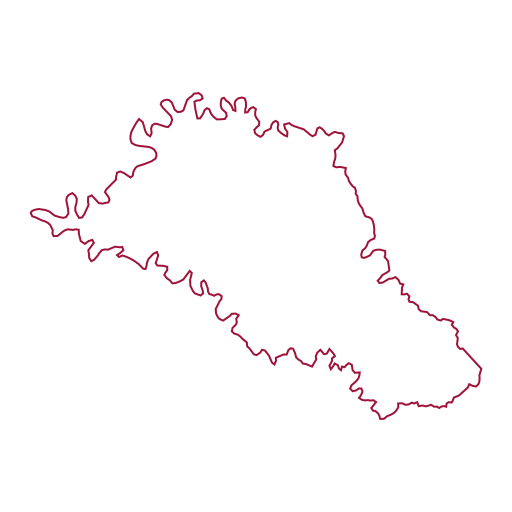 the district of São José do Cerrito, Santa Catarina, Brazil
{"feature_id": "56859067B25207266953620", "entity_name": "São José do Cerrito", "entity_type": "district", "adm_level": 2, "iso_a3": "BRA", "parent_name": "Brazil", "parent_adm1": "Santa Catarina", "projection": "orthographic", "projection_center": [-50.681, -27.604], "detail": "fine", "context": "isolated", "style": "outline", "palette": "rose", "viewbox_px": 512, "rotation_deg": 0, "n_neighbors": 0, "source": "geoboundaries", "source_scale": "gbopen_adm2", "svg_char_len": 6055}
<svg xmlns="http://www.w3.org/2000/svg" viewBox="0 0 512 512"><path d="M52.4,233.3L53.6,236.1L57.5,236.0L62.7,231.8L65.0,230.2L67.9,229.3L73.0,229.9L75.7,229.3L78.7,229.7L78.9,233.9L80.7,241.0L84.9,243.9L88.7,241.0L92.3,239.9L93.8,242.9L88.3,250.3L89.0,254.2L89.2,258.0L91.3,261.2L94.0,259.9L97.9,255.4L99.4,253.0L101.9,250.1L105.1,249.4L107.9,249.7L115.0,246.7L119.9,247.3L122.3,247.0L123.4,250.2L120.3,252.9L117.0,255.1L119.0,257.0L122.4,255.5L125.9,256.6L130.9,258.9L134.3,260.9L138.8,264.2L143.2,268.7L145.5,269.1L146.5,265.8L147.0,262.6L148.4,259.1L153.2,253.9L156.9,252.0L158.2,255.3L155.7,263.3L157.4,265.6L163.4,265.8L167.2,266.8L167.3,270.1L165.5,272.5L164.3,274.9L166.6,278.0L169.8,280.3L172.4,283.3L175.4,283.1L179.2,281.7L183.3,279.5L189.7,270.9L191.8,273.0L190.1,279.9L190.4,285.9L193.1,291.3L194.9,293.4L200.6,295.5L203.1,293.4L202.7,290.5L201.2,286.2L201.3,282.2L203.8,280.4L205.5,282.3L207.8,288.3L208.0,291.4L209.4,294.1L211.6,294.6L214.1,295.8L216.4,294.5L218.8,294.1L221.7,296.2L221.4,298.9L219.5,301.4L215.7,309.0L216.1,313.5L217.9,317.2L219.5,319.0L223.1,320.6L229.7,316.0L231.8,313.8L235.7,313.6L238.7,315.2L236.2,318.7L236.8,322.2L236.0,324.5L232.6,327.8L231.8,331.3L234.2,333.6L237.7,334.6L240.3,336.5L242.3,338.7L246.8,342.4L247.2,346.4L249.3,348.2L253.8,354.3L256.5,355.1L260.3,352.6L262.0,349.8L265.0,350.5L269.0,355.7L271.9,362.5L274.4,364.5L275.9,361.1L275.9,357.7L283.5,354.5L286.7,354.5L288.3,350.2L290.5,348.3L293.0,348.7L295.0,352.9L296.2,357.5L298.5,359.6L301.0,361.0L302.7,363.5L306.4,364.2L312.0,366.6L316.3,359.3L315.7,356.4L317.3,352.6L320.4,349.8L324.0,354.2L326.8,353.6L329.4,349.0L333.5,353.6L334.9,356.1L332.0,358.4L331.9,361.2L329.4,365.8L330.9,369.2L333.1,366.3L334.7,363.5L337.9,365.3L339.0,368.6L341.0,370.2L342.0,366.6L344.6,367.2L346.6,364.8L348.8,363.2L351.8,364.8L352.6,370.1L354.8,372.8L359.7,372.4L359.4,375.3L358.4,378.4L356.0,381.4L351.4,385.4L350.1,388.6L352.6,391.2L355.9,390.5L359.1,388.4L361.4,388.5L362.5,391.9L360.7,395.7L359.0,397.8L361.6,399.7L364.6,400.4L368.0,400.1L370.7,400.6L373.3,400.2L376.1,402.1L371.3,408.0L372.8,410.5L375.6,411.2L378.1,413.4L379.4,415.8L380.1,418.9L383.8,418.9L387.3,416.1L390.6,414.8L393.6,413.2L396.3,410.5L398.3,407.3L398.1,403.5L400.6,403.3L402.9,403.5L405.3,404.8L408.5,404.5L411.9,402.6L414.0,403.5L417.2,402.2L418.7,406.2L422.6,405.5L425.8,406.4L431.3,404.8L433.9,406.6L437.1,406.7L439.2,408.0L441.7,406.4L444.0,406.1L446.2,406.7L446.6,403.6L448.6,402.2L451.7,402.5L453.0,400.0L453.9,397.5L458.7,395.7L467.9,387.5L469.2,384.2L472.2,385.7L476.0,386.5L478.3,384.3L479.3,381.8L479.6,378.6L479.4,375.3L481.3,368.8L462.7,348.5L460.2,349.0L458.0,346.9L457.0,344.3L457.8,337.9L456.0,335.1L458.0,331.3L456.5,329.1L453.8,327.3L451.8,324.9L453.3,322.1L449.6,320.3L443.0,318.9L440.8,320.5L437.5,319.6L435.3,316.9L432.8,315.2L429.9,315.2L426.9,312.0L421.3,311.3L418.8,309.4L417.9,305.6L412.8,302.1L409.5,301.8L408.5,299.3L409.4,296.3L406.9,293.7L404.5,294.4L401.7,294.3L402.0,287.5L403.3,284.4L400.1,283.6L398.6,280.0L395.5,277.1L392.0,278.6L389.2,278.7L382.6,282.6L379.4,283.0L377.7,280.7L380.3,278.0L382.2,275.2L387.5,272.1L389.4,270.4L388.1,261.4L386.4,258.9L384.6,257.2L385.3,254.6L385.1,250.9L379.7,249.6L376.5,249.8L373.4,250.7L369.9,255.4L366.8,256.9L364.2,257.9L361.8,257.3L361.2,254.7L362.4,250.5L365.0,248.4L366.6,246.0L368.1,242.1L370.8,239.9L374.3,238.5L374.9,235.7L374.1,232.9L374.3,229.4L373.8,224.7L372.7,220.9L371.5,218.7L368.8,217.2L365.4,216.3L363.6,212.7L362.3,208.3L359.8,205.1L358.4,202.4L357.7,199.7L357.5,196.3L355.7,193.8L355.9,190.7L354.9,187.7L352.9,186.5L350.8,183.9L349.0,181.2L348.1,177.9L345.6,174.5L345.2,171.3L345.9,168.1L340.4,166.9L336.2,167.3L333.4,166.0L334.0,162.1L335.2,158.7L335.5,155.0L334.8,150.2L337.4,148.4L342.1,142.4L344.0,136.2L342.6,133.3L338.5,133.0L334.9,131.9L332.4,133.0L328.9,135.4L325.9,133.6L323.9,130.7L321.9,128.7L319.6,127.3L317.4,128.4L315.5,134.7L312.6,136.2L310.5,135.0L303.7,129.3L293.9,126.1L291.3,124.8L289.2,123.1L284.1,124.5L285.1,128.7L287.4,132.1L287.1,136.3L284.5,135.4L281.2,133.1L278.3,130.5L277.6,127.6L278.3,124.7L277.7,122.0L275.6,120.9L273.1,122.4L271.5,124.9L270.6,128.7L264.6,131.5L263.1,134.8L260.5,136.8L257.6,135.3L255.2,133.4L254.3,129.9L256.8,127.1L259.1,125.2L259.2,121.7L256.6,118.2L255.2,115.5L255.2,112.1L255.9,109.1L253.2,107.1L251.1,108.0L249.2,109.6L247.7,112.2L245.1,112.5L245.3,109.1L246.0,106.7L245.9,102.0L244.7,98.4L242.0,97.5L237.9,98.5L235.4,100.9L234.6,104.1L235.3,106.8L235.4,110.9L233.1,110.0L231.6,106.1L228.9,102.5L226.4,100.8L223.9,97.8L221.7,98.6L220.8,102.3L220.8,105.9L221.9,109.0L226.0,112.7L226.7,116.0L224.8,119.0L220.1,119.3L217.0,119.4L214.5,117.7L211.8,114.8L210.2,111.9L209.3,109.3L206.9,108.2L204.5,110.2L203.3,113.5L200.1,118.4L197.4,118.4L195.5,110.0L194.4,101.7L197.0,100.5L199.9,100.3L202.6,98.4L201.6,95.2L198.6,93.1L193.9,93.7L192.1,95.9L189.8,97.5L187.1,100.0L183.4,110.4L180.8,111.8L177.6,112.0L174.7,109.7L171.9,102.6L169.0,100.0L166.6,99.7L163.9,100.4L161.7,101.8L160.7,104.3L162.6,107.4L171.0,116.2L172.1,119.8L170.8,124.0L168.0,127.1L164.9,126.5L157.4,124.0L154.8,123.7L152.2,125.3L151.1,128.4L151.6,133.2L150.2,136.3L147.3,134.5L145.3,131.1L142.8,122.2L139.0,119.0L136.2,123.0L132.5,129.5L131.2,132.4L130.5,135.9L130.4,139.1L131.7,143.0L135.1,144.9L138.5,145.8L149.0,147.0L151.8,148.0L154.2,149.6L156.1,152.7L156.5,156.1L155.4,158.6L151.5,161.3L144.0,164.2L137.5,166.2L135.7,167.7L134.3,169.8L133.3,172.2L132.8,175.7L130.5,177.5L123.9,173.0L120.3,171.5L117.1,172.6L116.1,176.8L116.0,179.6L106.4,189.3L104.9,192.0L108.7,197.3L109.5,200.0L108.3,202.5L105.7,202.8L102.9,203.6L98.8,203.1L91.7,195.4L88.2,197.0L88.0,202.0L88.6,204.9L84.2,214.3L82.0,217.5L79.1,217.9L77.0,214.5L75.3,210.7L75.3,207.2L76.5,202.7L76.8,198.8L75.2,195.6L72.4,193.1L68.8,194.9L66.9,197.1L66.3,200.2L68.1,209.4L68.4,213.6L66.0,217.1L63.5,217.8L60.6,217.4L54.6,215.6L49.1,211.4L45.3,210.0L38.8,209.0L35.1,209.7L32.1,210.9L30.7,212.8L32.2,216.2L35.8,217.5L41.9,220.4L45.4,221.5L48.1,223.0L50.1,224.9L52.8,230.2L52.4,233.3Z" fill="none" stroke="#9f1239" stroke-width="2"/></svg>